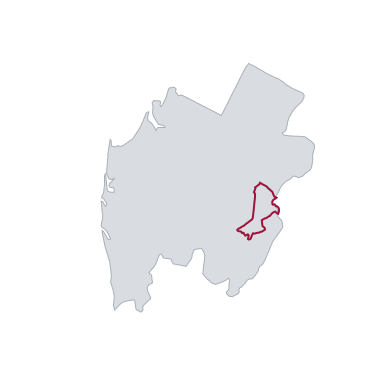 location of Sèbè-Brikolo, Haut-Ogooué, Gabon, rotated 27°
{"feature_id": "22940354B60180935649619", "entity_name": "Sèbè-Brikolo", "entity_type": "district", "adm_level": 2, "iso_a3": "GAB", "parent_name": "Gabon", "parent_adm1": "Haut-Ogooué", "projection": "equal_earth", "projection_center": [13.691, -0.557], "detail": "fine", "context": "in_parent", "style": "outline", "palette": "rose", "viewbox_px": 384, "rotation_deg": 27, "n_neighbors": 0, "source": "geoboundaries", "source_scale": "gbopen_adm2", "svg_char_len": 6315}
<svg xmlns="http://www.w3.org/2000/svg" viewBox="0 0 384 384"><g transform="rotate(27 192 192)"><path d="M249.0,58.0L248.9,61.2L246.2,68.9L245.0,74.9L244.6,81.2L245.4,86.3L246.6,89.9L247.5,93.9L246.8,96.7L245.6,97.9L246.4,99.2L248.4,99.6L251.7,98.4L256.7,96.3L263.3,93.2L267.7,91.6L274.9,92.6L278.7,93.7L280.7,95.9L282.8,105.0L283.9,106.4L285.6,110.3L287.1,114.9L287.4,117.3L287.2,119.0L285.8,121.5L284.1,125.2L283.6,127.4L282.2,129.1L280.4,130.7L275.6,131.4L274.9,132.4L273.5,136.3L271.0,139.6L269.8,142.8L268.8,147.0L269.0,152.2L268.5,159.7L268.0,164.8L269.3,166.5L275.0,167.8L276.1,168.8L277.7,171.9L279.6,174.9L284.9,176.7L286.9,179.0L288.6,181.5L288.8,183.5L287.6,191.7L286.4,199.5L286.9,205.4L287.3,211.1L287.9,219.4L287.7,224.4L286.2,227.5L286.2,229.9L286.9,232.9L285.5,240.9L284.7,242.3L282.3,243.8L281.1,245.9L280.7,249.3L279.4,254.0L278.1,255.7L278.1,257.9L279.4,259.4L279.4,261.9L277.0,264.7L275.6,266.9L272.5,268.0L268.9,266.9L268.1,265.3L268.9,262.8L268.6,260.8L267.4,258.7L265.5,253.3L263.8,252.1L262.8,254.3L259.9,258.4L254.8,263.7L251.2,264.1L244.5,262.5L238.9,260.0L236.3,253.8L234.6,248.7L232.3,242.8L229.6,240.0L226.7,238.2L225.5,238.1L221.4,241.4L220.2,242.7L220.2,245.4L220.6,248.0L221.2,249.3L221.7,250.9L221.6,253.5L220.9,257.0L220.6,260.8L207.9,264.5L205.6,263.1L204.0,261.4L202.1,261.7L196.5,263.7L194.5,262.3L192.5,261.3L191.6,262.2L191.5,263.8L192.4,272.7L192.1,276.1L190.9,280.6L190.2,283.6L193.6,284.5L194.8,285.9L196.0,288.1L197.7,290.2L197.8,291.5L195.9,293.8L195.3,296.7L196.2,299.0L198.5,301.3L201.9,303.8L203.5,305.4L203.4,306.8L201.8,309.9L201.2,312.6L200.1,315.0L200.4,317.2L201.9,319.2L201.7,321.0L200.7,322.4L198.6,322.1L196.8,322.3L195.2,321.7L190.2,314.7L189.1,314.5L181.9,319.9L180.1,322.1L178.6,325.4L176.6,332.3L173.3,328.3L170.5,320.9L167.2,316.3L160.2,308.9L158.4,303.5L150.4,291.6L138.9,279.6L130.7,269.3L129.4,267.0L130.8,267.3L138.8,272.4L139.9,271.8L140.8,270.7L137.3,268.0L134.1,265.8L131.0,264.5L127.9,264.6L126.1,262.4L125.0,259.1L124.4,256.2L123.1,253.3L118.7,247.1L117.6,244.7L115.2,241.5L116.7,241.1L121.4,244.2L121.8,242.9L121.4,241.1L116.7,238.2L114.1,238.0L113.5,235.9L113.8,233.5L110.5,224.6L106.9,217.8L106.4,214.7L115.9,229.3L117.1,229.5L118.8,229.4L122.7,227.7L122.0,225.8L120.2,223.7L118.5,224.7L116.3,224.9L115.1,224.0L114.6,222.5L116.8,215.4L115.8,215.8L115.1,217.0L113.9,217.6L112.0,218.0L107.3,214.2L103.2,204.0L102.1,201.9L101.0,198.3L99.9,196.8L95.2,182.3L97.0,183.4L99.2,187.6L103.4,186.7L105.0,184.2L106.4,184.3L107.9,183.8L109.7,181.5L115.1,171.5L116.5,158.2L116.1,150.4L115.3,142.6L117.0,140.1L117.7,141.7L118.1,144.5L118.9,146.5L120.8,148.4L124.4,148.9L129.9,151.8L131.9,153.6L132.4,149.9L138.7,146.8L136.8,145.7L131.2,146.9L123.5,142.2L120.9,139.3L118.5,133.6L116.0,130.7L116.2,128.0L121.8,125.6L123.2,125.9L123.8,128.8L125.3,130.0L125.9,129.6L126.1,127.1L126.1,120.4L124.4,110.8L125.0,109.0L126.5,108.4L127.8,107.1L128.8,106.8L130.6,107.1L131.6,109.3L132.1,110.5L134.0,111.1L135.5,112.3L136.9,111.9L138.0,110.6L139.6,110.3L144.7,110.3L149.2,110.3L158.3,110.4L167.4,110.4L176.6,110.4L183.4,110.5L183.4,105.0L183.4,96.6L183.3,86.6L183.3,77.0L183.2,68.2L183.2,57.8L183.6,54.8L184.0,53.5L183.9,51.8L190.9,51.7L203.7,52.5L209.3,52.4L210.8,52.5L217.8,52.0L223.4,52.6L225.8,53.4L228.0,53.7L234.8,54.2L243.6,53.6L246.6,53.8L248.2,55.2L249.0,58.0Z" fill="#d9dde1" stroke="#a8b0b8" stroke-width="1"/><path d="M248.4,152.9L248.4,153.9L248.4,154.7L248.3,155.2L248.0,155.7L247.6,156.3L247.3,156.9L247.1,157.4L246.9,157.9L246.6,158.5L246.3,158.9L246.1,159.2L246.2,159.4L246.5,159.6L246.9,160.2L247.0,161.0L247.1,162.0L247.2,163.3L247.3,164.2L247.5,164.3L247.9,164.4L248.2,164.5L248.5,164.6L248.8,164.8L249.1,165.2L249.3,165.7L250.0,166.9L251.1,169.6L252.5,173.4L254.0,177.1L255.7,181.5L257.5,186.4L257.9,187.6L258.0,188.5L257.9,189.2L257.6,189.8L257.0,191.0L255.9,193.4L255.0,195.0L254.7,195.8L254.3,196.6L253.9,197.5L253.6,198.3L253.3,198.9L252.9,199.3L252.0,200.6L251.6,201.3L251.4,201.8L251.1,202.3L250.8,202.9L250.4,203.1L250.0,203.8L249.7,204.3L249.5,204.9L249.6,205.3L249.8,205.4L250.0,205.6L250.3,205.8L250.5,205.8L250.8,205.8L251.1,205.7L251.5,205.7L251.8,205.7L252.1,205.5L252.5,205.4L253.0,205.2L253.5,205.0L253.9,205.0L254.3,205.2L254.5,205.5L254.9,205.8L255.2,205.8L255.6,205.7L255.9,205.3L256.2,205.1L256.5,205.0L256.8,205.2L257.0,205.5L257.3,205.7L257.6,205.9L258.0,206.0L258.6,206.2L259.1,206.3L259.3,206.5L259.4,206.3L259.8,206.1L260.2,205.8L260.3,205.3L260.6,204.7L260.8,204.5L261.1,204.4L261.6,204.5L262.0,204.8L262.3,205.1L262.4,205.5L262.6,206.2L262.8,207.0L262.9,207.5L263.0,207.9L263.1,208.4L263.4,208.5L264.2,208.5L264.6,208.4L264.9,207.9L265.2,207.5L265.4,207.1L265.5,206.6L265.4,206.2L265.3,205.7L265.2,205.2L265.2,204.2L265.1,203.3L265.1,202.4L265.1,201.1L265.6,200.9L266.3,200.8L266.8,200.6L267.5,199.9L268.0,199.3L268.8,198.6L269.3,198.3L270.2,197.8L270.6,197.2L271.3,196.2L272.0,195.7L272.4,195.5L272.5,195.1L272.9,194.5L273.6,193.3L273.9,193.0L274.0,192.4L274.0,191.9L273.7,191.6L273.3,191.3L272.7,191.0L272.2,190.7L271.7,190.6L270.9,190.6L270.3,190.3L267.4,186.2L267.1,185.7L267.0,185.3L267.4,184.8L268.7,182.6L269.1,182.3L269.5,182.1L270.0,181.6L271.2,179.3L271.5,178.8L271.9,178.5L272.3,177.9L272.5,176.7L272.7,175.9L272.9,175.0L273.2,174.3L273.8,173.2L274.3,172.3L274.7,171.9L275.1,171.7L275.9,171.8L276.3,172.1L276.8,172.3L277.4,172.4L278.7,172.4L278.7,172.0L278.6,171.5L278.5,170.8L278.4,170.3L278.2,169.7L278.0,169.0L277.6,168.3L277.4,167.8L276.8,167.3L276.2,166.7L275.6,166.5L275.1,166.3L274.7,166.2L274.3,166.2L274.0,166.3L273.6,166.5L273.2,166.5L273.0,166.4L272.8,166.2L272.6,166.0L272.2,165.8L271.9,165.7L271.4,165.6L270.9,165.6L270.6,165.8L270.5,166.0L270.2,166.3L270.0,166.5L269.7,166.5L269.4,166.4L269.1,166.2L268.9,165.9L268.6,165.3L268.3,164.8L268.0,164.4L267.9,164.1L267.9,163.7L267.9,163.1L267.9,162.6L268.0,162.2L268.3,161.7L268.5,161.3L268.9,160.7L269.1,160.2L269.4,159.6L269.8,159.0L269.9,158.7L268.5,158.7L267.4,158.7L267.2,158.5L266.6,158.2L266.4,158.0L266.0,157.6L265.5,157.2L265.1,156.8L264.3,156.0L263.7,155.6L263.1,155.3L262.9,155.2L262.5,155.0L262.0,155.0L261.6,154.9L261.2,154.9L260.6,154.6L260.2,154.4L259.8,154.3L258.7,154.2L258.0,154.1L257.5,153.8L256.8,153.5L256.4,153.3L256.0,153.2L253.2,153.1L251.1,153.1L248.8,153.0L248.4,152.9Z" fill="none" stroke="#9f1239" stroke-width="2"/></g></svg>